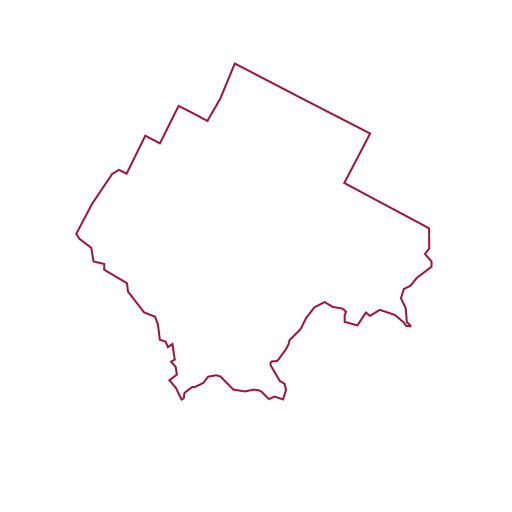 the district of Levy, Florida, United States of America, rotated 298°
{"feature_id": "52423323B45505395463487", "entity_name": "Levy", "entity_type": "district", "adm_level": 2, "iso_a3": "USA", "parent_name": "United States of America", "parent_adm1": "Florida", "projection": "equal_earth", "projection_center": [-82.881, 29.292], "detail": "fine", "context": "isolated", "style": "outline", "palette": "rose", "viewbox_px": 512, "rotation_deg": 298, "n_neighbors": 0, "source": "geoboundaries", "source_scale": "gbopen_adm2", "svg_char_len": 1310}
<svg xmlns="http://www.w3.org/2000/svg" viewBox="0 0 512 512"><g transform="rotate(298 256 256)"><path d="M94.3,257.7L96.6,259.0L101.2,257.2L102.6,257.6L110.4,261.2L111.5,263.4L119.1,269.0L127.0,270.4L131.9,276.7L133.0,280.9L127.4,298.7L131.2,309.8L137.0,316.8L138.7,321.5L138.8,324.5L135.7,334.5L140.6,338.4L142.1,347.2L151.8,345.4L156.6,341.2L156.9,335.5L166.3,320.4L168.2,319.0L170.1,319.3L173.4,324.0L175.4,324.5L187.9,326.2L193.3,326.2L197.5,325.1L212.5,329.7L224.8,329.4L238.0,331.6L247.5,338.2L247.1,347.7L250.0,356.4L249.9,358.6L249.0,361.7L245.5,362.0L239.5,365.2L242.3,378.1L257.7,379.6L256.6,384.7L266.6,390.6L269.2,406.2L266.7,417.5L264.8,421.4L266.3,425.2L267.0,425.1L268.4,420.2L280.0,412.9L286.8,403.8L296.3,402.0L302.3,406.4L312.0,408.2L329.0,416.0L333.5,413.6L337.1,404.2L344.1,405.4L361.7,395.8L361.9,299.7L402.1,299.4L417.7,299.2L416.6,216.9L416.0,146.9L378.0,150.6L352.4,149.7L352.5,131.6L352.1,117.2L310.3,118.3L310.3,101.8L267.9,103.1L267.7,94.5L260.9,90.5L225.5,86.8L191.3,86.9L188.3,91.9L185.9,106.7L174.9,115.1L177.7,125.8L172.6,128.4L171.4,154.8L164.4,159.8L153.7,183.6L155.0,195.3L149.5,201.6L136.9,210.4L137.9,216.5L134.2,221.0L139.1,223.5L126.4,232.9L122.8,230.6L120.4,237.1L114.1,241.8L105.6,237.9L102.0,247.1L94.3,257.7Z" fill="none" stroke="#9f1239" stroke-width="2"/></g></svg>